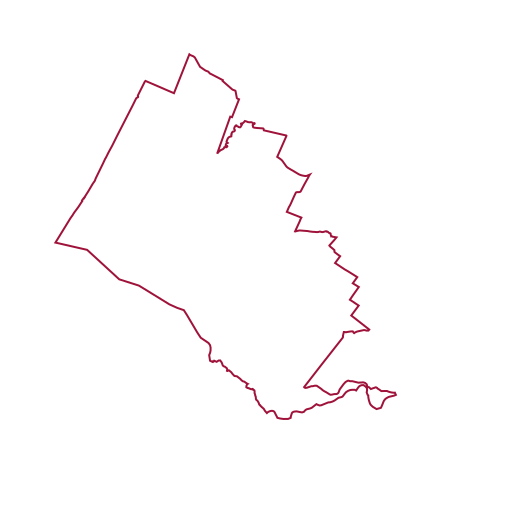 Pufesti, Vrancea, Romania (Robinson projection), rotated 129°
{"feature_id": "2599482B68532694461953", "entity_name": "Pufesti", "entity_type": "district", "adm_level": 2, "iso_a3": "ROU", "parent_name": "Romania", "parent_adm1": "Vrancea", "projection": "robinson", "projection_center": [27.194, 46.015], "detail": "fine", "context": "isolated", "style": "outline", "palette": "rose", "viewbox_px": 512, "rotation_deg": 129, "n_neighbors": 0, "source": "geoboundaries", "source_scale": "gbopen_adm2", "svg_char_len": 6062}
<svg xmlns="http://www.w3.org/2000/svg" viewBox="0 0 512 512"><g transform="rotate(129 256 256)"><path d="M371.2,148.7L370.3,148.6L369.6,148.4L368.3,147.8L367.0,146.9L366.4,146.3L366.0,145.8L365.6,144.8L365.5,144.3L365.6,143.5L366.2,142.1L366.7,141.1L367.5,139.2L368.3,137.5L367.0,134.8L365.3,132.0L362.4,128.5L359.9,127.2L359.1,127.8L355.7,129.2L354.7,129.3L353.5,128.8L352.8,128.3L351.2,126.7L349.7,123.8L348.6,121.8L346.9,120.7L345.4,120.7L344.2,120.5L343.2,120.1L340.7,118.2L339.0,117.2L333.1,115.8L332.8,114.4L332.2,112.6L331.0,111.4L324.3,107.7L323.1,106.4L321.7,105.4L320.3,104.6L318.6,103.9L314.3,102.7L312.0,100.9L310.9,100.3L309.7,100.3L307.1,100.4L305.0,100.3L302.9,99.6L300.8,98.4L299.8,97.4L298.9,96.4L297.8,95.0L297.7,94.3L297.5,93.5L294.4,93.8L292.5,93.8L291.2,93.4L290.0,92.7L288.6,91.1L288.6,90.1L288.5,88.9L288.6,88.0L289.0,86.6L289.3,86.2L290.7,85.0L292.3,84.2L293.7,81.8L293.7,81.0L294.9,80.0L296.0,78.8L297.2,77.3L299.0,74.5L299.5,73.0L299.7,70.4L299.1,66.0L295.4,63.4L294.8,63.5L291.6,64.4L289.1,65.2L287.8,65.5L285.7,65.5L284.3,65.1L283.0,64.6L281.9,64.1L277.6,60.8L275.9,59.9L274.8,62.1L275.3,62.5L276.6,64.5L277.3,65.9L278.1,67.8L278.3,68.7L278.5,69.3L282.1,73.6L282.3,76.8L282.5,78.1L282.3,78.8L282.6,80.2L283.1,80.6L284.2,81.2L285.2,81.9L287.1,83.0L286.9,85.7L287.2,86.3L287.3,87.1L287.3,87.6L286.5,88.5L286.0,89.4L286.0,91.4L286.5,92.7L287.0,93.5L288.2,94.7L288.9,95.6L289.5,96.1L290.0,96.7L292.6,102.2L293.6,103.5L294.1,104.1L294.7,105.7L295.0,106.0L295.5,106.3L297.5,107.1L300.4,107.3L307.0,107.0L310.0,106.0L310.8,105.9L311.7,106.1L312.5,106.5L313.2,107.2L313.7,107.9L314.7,108.8L315.9,109.7L317.0,110.9L317.2,111.8L317.7,115.8L317.8,116.2L318.2,118.4L318.3,120.0L318.2,121.7L318.6,127.1L319.7,128.6L321.6,130.1L322.3,131.0L326.4,133.6L327.5,134.7L327.7,135.6L327.6,136.1L298.9,136.7L264.7,137.2L263.8,137.7L263.5,138.1L259.8,139.9L259.2,139.2L258.7,138.1L258.0,137.6L255.0,134.9L253.7,133.4L254.1,131.9L254.2,131.6L254.2,131.2L252.8,130.8L251.1,129.9L245.6,125.5L245.1,124.7L244.4,123.1L243.2,121.7L241.9,121.7L242.3,144.5L229.9,145.0L230.9,155.5L224.6,156.0L215.4,156.6L216.3,163.6L208.7,164.0L210.0,174.9L210.6,178.6L211.7,190.1L203.2,190.5L203.4,193.6L203.5,197.0L203.5,197.4L203.3,197.7L202.1,198.8L202.0,200.8L202.0,202.2L202.0,204.3L201.8,205.4L201.7,205.6L194.3,205.2L190.9,205.2L192.8,208.6L192.9,209.1L192.9,209.6L193.4,209.9L192.2,211.7L191.6,212.2L191.6,212.5L192.1,213.8L192.1,214.1L192.0,215.0L192.0,215.3L192.5,216.2L192.3,216.4L192.7,217.2L195.2,219.0L195.9,219.8L196.8,221.7L198.5,223.0L199.6,224.4L200.6,225.9L201.3,226.8L202.7,229.0L203.3,230.0L204.0,231.4L208.7,238.2L210.6,239.8L211.9,240.7L212.2,240.9L212.3,241.1L200.6,244.1L200.1,244.4L197.6,244.9L202.3,259.8L197.2,261.2L195.1,261.5L193.0,262.0L185.9,263.9L181.7,264.9L181.2,264.8L180.9,264.6L180.4,264.1L179.2,262.7L178.8,262.3L178.1,262.0L177.8,261.9L169.8,263.5L161.7,264.9L160.4,265.3L158.9,265.4L161.8,267.0L162.5,267.7L163.0,268.3L164.0,270.1L165.0,272.2L165.5,274.0L167.3,286.1L167.4,287.7L167.3,288.7L165.4,295.6L165.3,296.7L165.3,298.2L165.6,301.9L143.9,307.8L143.4,308.0L143.3,308.3L153.4,329.0L152.5,330.0L152.4,330.4L152.4,330.8L155.9,335.8L157.3,338.0L157.6,338.8L157.7,339.2L157.5,339.6L156.6,340.5L156.4,341.0L155.8,341.1L154.5,340.4L154.1,340.3L153.9,340.4L153.7,340.7L153.8,341.0L154.3,341.2L154.6,341.5L154.8,343.4L155.1,344.0L155.4,344.4L155.9,344.8L157.0,346.5L157.3,347.7L158.1,349.6L159.7,349.6L160.9,349.8L161.6,350.2L162.0,350.6L162.6,351.0L162.8,350.9L162.9,350.5L162.8,349.9L162.8,349.6L165.3,349.2L166.1,349.4L166.7,350.6L166.7,351.5L167.0,352.2L167.1,352.8L166.8,353.4L167.0,353.7L167.5,353.8L168.1,353.9L169.0,353.8L170.0,353.5L170.6,353.2L171.1,352.8L171.3,351.9L171.5,351.6L172.2,351.3L173.1,351.5L173.6,351.9L173.8,352.2L175.1,352.4L176.7,351.9L176.7,351.6L177.8,351.1L178.0,350.9L178.2,350.6L178.6,350.5L180.1,351.6L181.1,351.9L182.4,351.9L183.5,351.6L185.5,351.0L185.8,350.7L186.2,350.2L185.9,349.5L185.9,349.1L186.3,349.2L187.1,349.8L187.4,349.8L188.1,349.7L189.3,349.1L189.8,348.6L189.9,348.2L189.6,347.8L189.0,347.7L188.7,347.5L188.8,347.3L189.9,347.3L190.2,347.5L190.5,347.9L190.7,348.4L191.0,348.8L191.3,349.0L191.6,349.1L192.2,348.8L193.2,348.8L194.9,349.5L196.1,350.1L198.7,350.6L199.4,350.7L200.0,350.6L200.1,350.9L163.9,363.7L163.2,362.0L144.9,367.8L145.4,369.5L145.3,370.3L140.7,375.7L140.6,375.9L140.6,376.3L141.4,378.7L141.5,379.5L141.0,392.1L140.2,392.4L143.1,406.5L143.2,406.8L142.8,408.8L142.8,409.2L143.7,412.1L144.2,418.5L140.2,428.5L140.2,430.2L141.2,433.7L141.2,434.7L181.1,422.2L189.5,452.1L190.7,452.1L205.7,448.8L205.9,448.6L206.3,447.9L206.7,447.7L207.0,447.7L207.8,448.1L208.2,448.3L208.8,448.3L209.5,448.2L216.6,446.6L249.9,439.6L260.7,437.2L268.3,435.8L274.2,434.5L275.3,434.4L280.5,433.1L296.6,429.4L298.9,428.6L302.9,428.3L311.6,427.0L317.9,426.3L317.9,426.1L319.5,426.0L319.5,426.3L322.2,426.2L322.5,426.1L322.6,425.6L323.6,425.5L329.7,424.9L336.8,424.6L339.9,424.2L343.3,424.0L371.8,420.3L357.5,391.1L360.2,347.6L352.7,328.4L349.4,303.2L348.1,292.9L345.9,284.6L343.5,278.0L345.3,272.6L352.4,253.5L354.3,247.5L353.5,238.1L354.2,235.6L355.8,233.6L358.1,231.8L360.0,230.8L362.5,230.0L366.3,225.8L365.8,223.6L365.6,223.6L365.5,223.0L364.9,223.1L364.7,222.5L363.7,222.6L363.0,220.0L360.8,219.3L359.7,218.1L360.3,215.8L360.8,214.8L361.8,213.3L362.1,212.0L361.6,210.4L361.6,208.0L362.3,206.9L363.5,206.3L363.4,205.9L361.9,205.1L361.9,202.0L362.4,200.2L362.8,197.3L361.5,195.1L361.4,190.7L361.6,189.9L361.7,187.6L361.0,186.0L360.9,184.3L360.8,183.1L360.7,182.5L360.6,182.0L361.1,182.2L362.7,181.8L363.3,181.4L363.8,181.2L364.1,180.9L363.9,179.5L363.6,179.1L363.2,178.3L363.3,178.0L362.8,176.7L362.6,175.9L361.4,175.0L361.4,174.5L361.8,173.9L361.4,173.0L361.5,172.6L362.3,171.7L363.4,170.9L364.3,169.4L365.1,168.6L365.3,167.9L367.1,166.1L367.5,165.5L367.6,164.8L367.5,164.0L367.9,162.9L368.2,161.9L369.2,160.3L369.5,159.5L369.3,159.0L369.7,158.0L369.6,157.1L369.9,156.4L369.7,155.6L369.8,155.1L369.9,154.5L369.8,154.0L370.7,151.6L371.2,148.7Z" fill="none" stroke="#9f1239" stroke-width="2"/></g></svg>